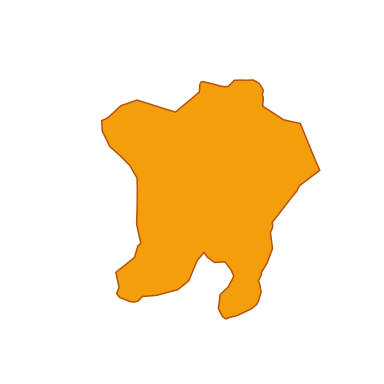 the district of Dhamar City, Dhamar, Yemen, rotated 212°
{"feature_id": "15242507B10067021496798", "entity_name": "Dhamar City", "entity_type": "district", "adm_level": 2, "iso_a3": "YEM", "parent_name": "Yemen", "parent_adm1": "Dhamar", "projection": "robinson", "projection_center": [44.393, 14.606], "detail": "fine", "context": "isolated", "style": "filled", "palette": "amber", "viewbox_px": 384, "rotation_deg": 212, "n_neighbors": 0, "source": "geoboundaries", "source_scale": "gbopen_adm2", "svg_char_len": 2041}
<svg xmlns="http://www.w3.org/2000/svg" viewBox="0 0 384 384"><g transform="rotate(212 192 192)"><path d="M186.5,66.3L183.1,67.7L179.9,71.1L179.2,74.3L178.7,77.1L176.2,78.9L167.4,85.5L165.2,87.8L159.3,94.2L152.3,101.6L147.7,115.0L151.3,136.6L150.5,142.0L149.8,147.1L144.5,144.9L139.6,144.4L135.5,144.2L126.9,150.3L117.2,146.4L111.9,142.7L111.0,130.5L113.8,119.8L110.4,112.8L108.0,107.2L100.1,102.5L96.0,102.3L93.7,105.5L88.3,111.1L79.9,124.1L77.6,131.0L77.8,134.2L80.3,143.7L85.5,149.6L88.7,151.8L88.9,154.7L89.4,158.4L90.6,161.2L90.6,161.3L90.6,169.8L90.6,171.0L93.8,186.8L104.0,199.2L104.9,204.8L106.6,207.5L108.0,208.8L107.3,213.9L105.6,231.1L104.4,242.9L103.6,247.9L104.1,253.2L104.2,254.2L103.6,255.8L98.5,269.3L95.1,278.0L105.7,285.3L105.8,285.5L110.6,288.8L121.8,296.9L134.0,305.7L136.4,307.5L143.7,304.9L152.5,301.8L161.4,302.0L177.4,302.2L179.7,306.4L180.3,307.5L181.3,309.5L181.6,310.0L182.6,310.7L183.8,311.6L184.1,312.3L184.2,312.5L184.3,312.9L184.6,313.9L185.0,315.0L185.3,316.1L186.1,316.5L186.4,316.7L191.1,319.0L192.1,319.5L192.4,319.6L193.4,319.7L195.8,319.7L197.7,319.5L199.8,319.3L203.5,316.6L209.0,313.3L215.3,309.2L215.7,307.0L216.1,305.6L216.2,305.1L216.3,304.5L217.4,300.9L217.6,300.5L220.1,298.6L224.4,296.7L228.6,295.6L230.4,295.1L234.3,293.8L241.2,291.4L242.4,290.4L242.6,289.3L242.6,288.9L242.5,288.2L242.3,287.4L240.8,284.6L240.1,283.4L238.9,280.7L238.7,280.2L239.0,279.9L239.4,278.7L240.3,275.7L241.7,271.3L242.5,269.2L243.7,265.4L244.5,262.9L244.6,262.6L246.7,256.2L248.4,250.9L248.8,250.9L256.5,248.8L280.9,242.5L287.2,240.9L298.0,227.6L300.6,218.0L302.4,211.4L304.0,208.2L306.4,204.7L300.3,196.0L296.4,193.7L294.7,192.6L286.0,187.1L270.6,184.4L269.9,184.2L269.3,184.1L259.8,181.7L259.6,181.7L258.7,181.5L254.4,179.2L245.9,174.6L240.3,166.1L234.2,156.1L233.2,154.5L230.9,150.7L221.9,135.4L208.2,121.3L209.4,117.7L206.1,106.2L211.5,90.4L212.2,88.6L214.0,83.5L205.7,74.9L203.4,72.6L202.2,66.0L200.2,65.2L197.9,64.3L196.3,64.5L187.4,66.0L186.5,66.3Z" fill="#f59e0b" stroke="#b45309" stroke-width="1.5"/></g></svg>